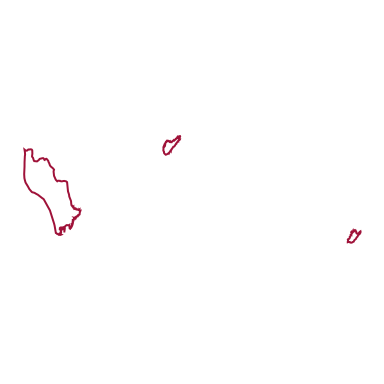 the district of Akureyrarkaupstaður, Norðurland eystra, Iceland, rotated 88°
{"feature_id": "244011B9807446828123", "entity_name": "Akureyrarkaupstaður", "entity_type": "district", "adm_level": 2, "iso_a3": "ISL", "parent_name": "Iceland", "parent_adm1": "Norðurland eystra", "projection": "robinson", "projection_center": [-18.184, 66.06], "detail": "fine", "context": "isolated", "style": "outline", "palette": "rose", "viewbox_px": 384, "rotation_deg": 88, "n_neighbors": 0, "source": "geoboundaries", "source_scale": "gbopen_adm2", "svg_char_len": 5631}
<svg xmlns="http://www.w3.org/2000/svg" viewBox="0 0 384 384"><g transform="rotate(88 192 192)"><path d="M210.1,305.0L209.0,305.0L207.4,304.4L207.5,304.6L207.2,304.7L206.9,304.8L206.7,304.6L206.4,304.6L206.3,304.8L206.0,304.9L206.3,304.9L206.1,305.0L206.1,305.4L205.7,305.3L205.9,305.6L205.7,305.7L205.9,305.8L205.8,306.0L205.8,306.6L205.6,306.9L205.6,307.0L205.2,307.5L205.3,307.9L205.2,308.0L205.3,308.1L205.2,308.2L205.3,308.2L205.3,308.4L204.8,308.7L204.8,309.0L204.7,309.0L204.8,309.4L204.5,309.6L204.5,309.9L204.6,310.1L204.1,310.2L203.8,310.4L203.9,310.5L203.5,310.6L203.3,310.8L202.9,310.9L202.9,311.1L202.7,311.1L202.8,311.2L202.4,311.3L202.3,311.5L202.2,311.7L202.3,311.8L202.1,311.9L202.1,312.1L201.6,312.3L201.4,312.7L201.0,312.9L200.2,312.9L199.9,313.1L196.9,313.2L192.3,314.8L190.2,315.0L187.1,315.9L177.8,316.5L177.2,317.2L176.9,317.6L176.5,319.3L176.5,320.2L176.7,320.9L176.8,321.9L176.5,323.4L176.2,323.6L176.1,324.8L176.1,325.5L176.6,326.3L175.0,327.7L171.0,329.3L167.2,329.6L166.4,329.6L164.8,329.1L163.4,330.2L161.6,332.2L160.8,332.8L160.0,333.2L158.5,333.6L156.8,334.4L155.8,334.6L153.9,336.1L153.7,336.5L153.9,337.1L154.2,337.6L154.9,338.1L154.8,338.3L153.4,339.0L153.0,339.5L153.0,340.3L153.6,343.1L154.7,344.0L156.0,345.8L155.6,348.6L154.6,349.1L152.3,349.7L151.1,350.6L150.6,350.6L148.2,350.2L144.8,350.2L144.1,350.6L143.8,351.2L143.7,352.4L143.9,353.0L143.8,354.1L144.8,355.3L144.9,355.8L144.8,356.5L144.6,357.0L143.8,357.9L146.2,357.6L148.8,357.5L150.4,357.8L156.3,358.3L160.9,358.5L168.4,359.1L172.4,359.0L174.4,358.6L176.8,358.0L180.7,355.8L183.5,354.4L186.4,352.1L186.7,351.6L187.2,349.8L187.5,349.2L188.6,347.5L189.3,346.2L192.9,341.9L193.4,341.2L194.1,340.4L205.5,334.6L218.9,330.9L220.8,330.5L228.1,329.5L228.1,329.3L228.3,329.0L229.1,328.4L229.2,328.1L229.2,327.5L230.1,326.8L230.3,325.0L230.0,324.2L229.8,324.6L229.6,324.6L229.2,325.4L228.7,325.5L228.5,325.1L228.2,324.9L228.3,324.6L228.1,324.3L227.2,324.2L226.6,324.3L226.4,324.6L226.0,324.7L225.9,324.6L225.9,324.3L225.1,324.3L224.7,321.2L223.8,321.2L224.3,325.4L223.4,325.3L223.1,325.0L223.1,324.5L222.9,324.4L222.9,322.9L223.1,322.9L222.9,322.9L222.8,321.9L222.4,320.9L222.7,320.8L222.8,320.5L225.1,320.6L228.0,321.1L224.2,320.4L222.2,320.4L221.6,319.6L221.4,319.4L220.9,318.8L220.7,318.3L220.7,318.0L220.9,317.3L220.9,316.9L221.2,316.6L220.9,316.7L220.8,316.3L221.1,316.2L221.3,316.2L221.2,316.3L221.5,316.0L221.2,315.8L221.9,315.6L223.8,315.6L224.2,315.5L224.3,315.3L224.2,315.3L223.8,314.4L221.6,313.5L222.1,313.3L221.2,312.8L220.7,312.8L221.3,313.2L220.8,313.4L220.0,313.2L219.8,313.3L219.7,313.0L219.4,313.0L220.8,312.5L219.8,312.5L219.6,312.4L218.9,312.6L218.7,312.4L219.5,312.2L218.6,312.1L218.1,312.3L217.7,312.3L217.7,312.1L216.9,312.2L216.1,312.1L215.8,312.1L215.8,311.9L216.2,311.8L216.9,311.9L217.4,311.9L216.3,311.8L216.1,311.5L215.6,311.5L215.3,311.3L215.4,311.2L214.8,311.1L213.8,310.6L213.4,310.2L213.4,309.9L213.9,309.9L214.0,310.0L213.9,310.3L214.5,309.8L214.1,309.6L214.4,309.5L214.4,309.2L214.1,309.1L213.1,308.7L213.1,308.4L212.5,308.2L212.4,308.0L212.1,307.7L211.8,307.2L212.0,307.0L211.2,306.6L211.4,306.2L210.8,305.8L210.7,305.4L210.3,305.3L210.1,305.0ZM136.9,202.4L136.4,202.0L136.0,201.9L135.8,202.0L135.9,202.3L135.8,202.6L136.5,203.3L136.3,203.6L136.8,203.7L136.8,203.9L137.1,204.1L137.0,204.3L137.5,204.6L137.4,204.9L137.1,205.0L138.2,205.7L138.2,206.3L138.8,206.6L139.0,207.1L139.5,207.4L139.6,207.9L139.9,208.1L139.6,208.4L139.9,208.6L140.3,209.2L140.2,209.4L140.6,209.9L141.5,210.6L141.3,211.0L141.2,211.6L140.9,211.8L141.3,212.0L141.1,212.4L141.2,212.6L141.0,212.8L140.4,213.0L140.4,213.6L140.3,213.8L140.0,213.9L140.0,214.2L139.9,214.5L140.4,214.8L140.4,215.0L140.0,215.4L140.2,215.6L141.2,215.9L141.4,216.2L141.3,216.5L141.9,216.8L145.0,217.4L145.3,217.6L145.3,217.8L145.5,218.1L145.0,218.5L145.2,218.4L145.5,218.4L145.3,218.3L145.5,218.1L146.0,218.2L146.1,218.3L146.1,218.5L145.3,218.6L146.2,219.0L148.2,219.0L149.1,219.2L149.9,219.1L150.1,218.9L150.7,218.6L151.9,218.6L152.7,218.1L153.8,217.0L153.7,216.5L153.3,215.5L153.0,215.1L153.0,214.8L152.4,214.1L152.7,213.8L152.5,213.7L152.3,213.5L151.3,213.0L150.8,212.5L150.4,212.3L150.5,212.1L150.3,212.1L149.7,211.7L149.9,211.6L149.4,211.5L149.0,211.0L147.9,210.4L147.1,209.7L146.5,209.4L146.1,209.0L146.0,208.3L144.9,207.3L144.0,206.9L143.3,206.0L142.9,206.1L141.7,204.9L141.3,204.8L140.9,204.4L141.0,204.0L140.5,204.0L140.3,203.7L140.0,203.6L139.8,203.4L139.7,203.1L139.1,203.1L139.0,202.8L139.4,202.6L139.3,202.4L138.9,202.2L138.8,202.6L138.6,202.7L138.1,202.7L137.4,202.4L136.9,202.4ZM238.9,25.6L238.7,25.2L238.4,25.1L237.7,24.9L237.2,25.0L237.7,25.8L239.2,27.0L239.3,27.4L239.2,28.1L239.3,28.3L239.2,28.8L238.4,29.3L237.2,29.3L236.8,29.7L236.1,29.9L236.1,30.1L235.7,30.5L235.8,30.7L236.4,30.8L236.5,30.9L236.4,31.0L236.1,31.0L237.0,31.4L237.0,31.7L236.8,31.9L237.2,31.9L236.9,32.0L237.3,32.0L237.0,32.1L237.4,32.2L237.5,32.3L237.4,32.3L237.5,32.4L237.2,32.5L237.4,32.6L237.4,32.8L237.0,33.1L237.1,33.3L237.5,33.3L237.8,33.5L237.3,33.6L237.2,33.9L237.7,34.3L238.5,34.3L238.0,34.1L238.4,33.9L239.1,34.0L238.7,34.2L239.3,34.0L240.3,34.7L240.4,35.0L241.2,35.1L241.4,35.2L241.3,35.4L241.5,35.2L242.0,35.3L242.3,35.5L242.2,35.7L242.3,35.9L243.0,35.9L243.4,36.0L244.2,36.5L244.6,37.6L245.1,37.7L245.2,37.9L245.7,37.8L246.8,37.7L247.1,37.8L247.3,38.1L247.6,38.1L247.5,37.7L247.4,37.6L247.6,37.5L247.3,37.5L247.4,36.4L247.9,35.8L247.8,35.6L248.1,35.3L248.2,34.3L248.0,33.7L247.6,33.2L247.3,32.2L245.7,31.3L244.7,29.9L243.2,29.1L242.3,28.1L241.0,27.5L240.6,27.2L240.5,26.8L239.7,25.8L239.2,25.6L238.9,25.6Z" fill="none" stroke="#9f1239" stroke-width="2"/></g></svg>